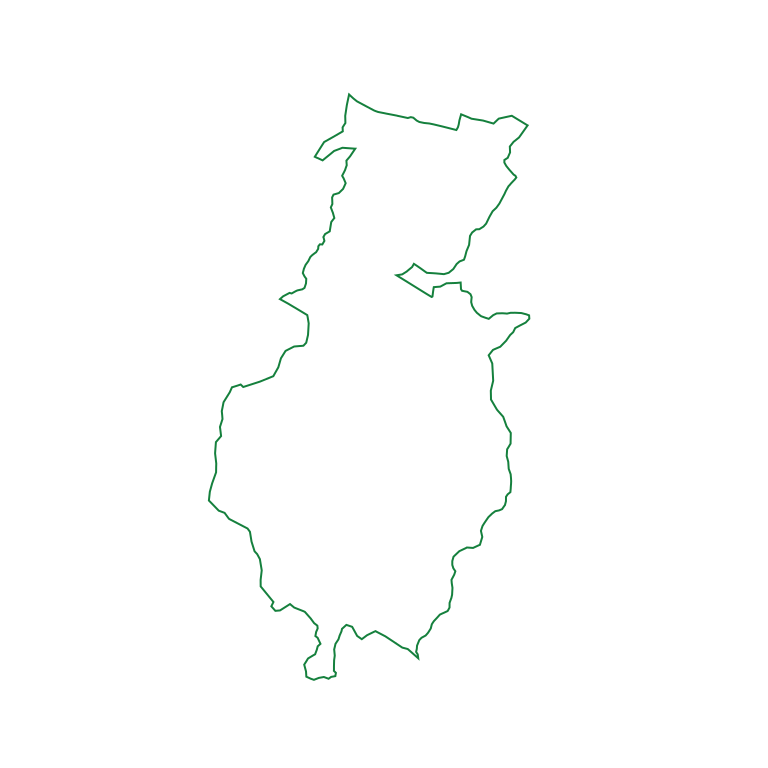 the district of Landero y Coss, Veracruz, Mexico, rotated 206°
{"feature_id": "50627088B86274665639855", "entity_name": "Landero y Coss", "entity_type": "district", "adm_level": 2, "iso_a3": "MEX", "parent_name": "Mexico", "parent_adm1": "Veracruz", "projection": "orthographic", "projection_center": [-96.854, 19.743], "detail": "fine", "context": "isolated", "style": "outline", "palette": "green", "viewbox_px": 768, "rotation_deg": 206, "n_neighbors": 0, "source": "geoboundaries", "source_scale": "gbopen_adm2", "svg_char_len": 6059}
<svg xmlns="http://www.w3.org/2000/svg" viewBox="0 0 768 768"><g transform="rotate(206 384 384)"><path d="M542.3,628.9L540.0,619.7L539.6,618.2L536.4,608.0L535.3,605.9L533.1,601.6L533.4,599.4L533.7,596.5L532.6,594.5L531.8,593.0L537.9,583.9L543.9,575.2L544.0,574.2L544.4,570.8L545.8,557.9L543.6,557.9L542.5,558.0L537.2,558.1L535.5,561.8L532.8,567.6L531.0,571.6L527.3,575.5L525.0,578.0L524.9,578.1L513.7,582.6L513.0,582.9L513.7,578.0L514.3,573.7L515.7,568.3L515.2,567.4L514.0,565.3L513.4,564.3L513.1,561.5L512.8,559.4L512.8,556.9L512.9,552.9L512.5,552.5L510.5,551.2L506.5,547.7L506.4,545.5L506.3,541.4L507.3,538.6L508.3,535.8L512.4,532.1L512.4,528.9L511.2,526.7L509.3,523.1L509.2,519.4L505.6,516.0L505.2,515.7L501.4,511.4L502.1,508.1L502.4,506.4L500.3,499.4L499.7,497.4L502.7,492.9L502.9,489.5L502.7,489.4L500.3,486.5L500.6,482.7L500.6,482.4L502.9,481.4L503.2,479.9L503.4,479.0L503.0,478.1L502.4,476.6L502.8,472.6L503.4,471.6L504.7,469.0L505.2,467.9L505.9,465.8L505.9,461.2L506.7,456.7L506.5,452.4L506.2,451.1L505.9,449.5L505.6,448.1L502.5,445.8L500.0,444.5L498.2,440.2L497.7,436.3L497.6,435.5L498.9,433.3L502.7,430.3L503.1,429.9L504.2,428.5L506.7,424.9L508.1,424.6L508.8,424.5L513.1,418.6L514.7,414.7L505.2,414.2L498.2,413.6L497.9,413.6L488.8,412.8L484.4,412.4L483.2,412.3L481.9,410.6L478.2,405.4L478.1,405.1L473.8,394.8L472.0,387.0L473.2,383.1L474.8,382.1L476.2,381.3L481.2,378.3L487.0,370.6L487.9,361.9L486.3,352.7L486.7,346.2L486.9,342.5L488.0,341.3L496.6,331.7L509.2,319.6L512.6,320.7L514.8,318.5L518.5,315.0L519.2,314.4L519.0,309.0L520.2,297.5L520.2,297.2L519.5,294.6L518.7,291.6L517.9,288.5L515.8,285.1L513.8,281.7L513.6,280.3L512.6,273.5L507.6,265.8L508.1,263.8L509.6,258.1L506.3,249.8L505.4,247.6L499.9,239.0L498.5,235.9L496.2,231.0L494.9,219.3L494.3,216.1L493.3,210.8L490.3,202.5L486.6,201.2L477.0,197.7L470.8,198.3L464.3,194.9L462.9,194.8L443.3,194.3L439.7,192.4L434.0,184.3L427.0,176.9L423.4,175.5L418.8,172.2L412.2,162.9L409.0,153.8L406.1,148.0L387.8,139.6L387.8,134.8L382.2,132.5L378.2,134.9L372.0,145.0L366.7,143.7L356.5,144.5L355.2,144.5L354.0,144.0L346.8,141.0L346.7,140.9L341.9,138.4L340.3,138.1L338.0,137.6L337.4,136.7L336.5,135.3L336.4,134.1L336.3,131.4L335.3,127.9L335.2,127.4L332.4,126.8L327.2,122.6L327.3,122.3L328.6,119.2L327.9,115.7L327.5,111.5L327.4,110.9L328.6,109.2L331.9,104.1L332.0,103.7L332.2,101.2L332.7,96.8L328.9,92.4L328.1,91.5L325.5,86.9L320.7,87.0L317.3,87.4L313.7,91.3L309.6,94.3L304.6,94.8L303.1,97.6L300.9,99.2L299.7,100.1L300.6,103.3L303.3,104.2L303.6,105.0L305.3,108.5L305.8,109.6L307.8,114.0L308.6,116.5L309.2,118.3L312.3,123.4L312.4,123.5L313.1,126.7L313.7,129.2L313.0,134.5L313.4,137.2L313.6,138.4L313.8,143.0L314.4,145.6L314.0,146.5L312.3,150.8L312.2,151.0L306.2,151.8L305.6,151.4L297.7,145.8L292.1,144.9L289.1,150.8L283.4,158.1L272.2,157.8L263.8,156.7L252.0,155.1L246.5,156.2L243.1,155.3L233.0,152.5L235.2,155.8L235.4,155.9L237.7,157.3L238.4,160.3L239.6,163.3L240.0,169.1L240.0,169.3L239.6,170.6L239.0,172.4L236.3,176.2L236.2,176.6L235.5,179.1L235.3,180.1L234.8,184.8L235.7,189.0L235.5,190.8L235.2,192.8L233.8,197.3L232.7,201.2L231.1,203.2L229.9,204.6L227.3,207.8L227.2,208.9L227.1,211.8L229.1,216.0L229.6,220.5L229.6,221.0L230.4,224.4L231.2,226.3L233.1,230.8L235.8,234.7L237.5,237.6L237.3,243.4L237.8,247.0L240.8,248.7L243.3,251.3L245.0,254.8L245.8,259.3L243.0,266.8L238.5,272.4L237.8,273.4L232.1,275.7L228.1,280.6L227.3,281.5L228.5,288.9L228.6,289.6L232.5,294.5L233.2,299.5L233.2,299.8L232.8,303.4L232.3,306.8L231.8,310.1L230.0,315.0L228.2,318.5L225.2,320.8L223.0,323.3L222.8,324.7L222.3,327.9L222.2,328.1L223.0,332.1L224.9,336.1L224.7,337.4L224.5,339.0L223.0,342.2L224.2,345.4L225.0,347.3L226.1,350.1L227.1,352.4L228.5,354.9L230.6,358.4L234.7,362.4L236.2,365.0L238.2,368.5L242.1,373.0L242.3,373.4L243.8,377.1L244.7,379.3L244.4,382.1L244.1,385.9L248.6,395.6L249.1,395.9L253.5,398.6L255.3,399.7L258.2,402.6L262.5,406.8L270.0,409.9L271.3,410.5L273.9,412.2L281.1,417.0L281.5,417.9L284.9,424.5L285.1,424.9L287.3,434.8L292.3,443.8L295.7,449.9L302.5,455.7L301.0,462.4L299.6,464.1L295.8,468.5L295.5,469.5L293.3,476.1L293.1,476.7L293.1,477.1L292.1,483.3L290.6,487.2L290.6,489.6L290.6,491.7L290.6,491.8L287.3,496.4L283.6,501.3L283.3,502.2L282.0,506.4L283.7,509.3L286.7,509.0L289.1,508.5L291.6,508.0L297.4,505.5L299.2,504.6L301.4,503.5L304.3,501.2L305.9,500.6L308.6,499.5L312.2,497.6L313.7,496.8L314.9,495.2L316.0,493.8L318.4,488.5L321.8,488.0L326.4,487.5L327.9,487.8L329.9,488.3L331.7,488.7L335.2,490.3L339.0,492.9L341.6,495.9L341.9,496.9L342.1,497.2L343.3,500.5L345.6,502.6L349.4,503.4L354.7,502.0L355.9,502.7L356.4,503.0L356.7,503.6L359.6,508.8L362.8,506.8L365.6,505.3L367.3,504.4L372.0,501.9L376.1,496.2L379.5,494.2L381.7,492.9L381.4,491.8L380.3,488.3L378.8,483.9L379.2,483.2L379.3,483.1L384.9,483.6L389.9,484.1L407.4,485.9L420.4,487.2L415.7,490.5L412.8,495.2L412.8,495.3L411.6,498.0L410.0,501.5L409.8,505.1L405.9,504.6L401.4,503.9L396.2,503.0L394.2,502.7L389.2,504.8L386.0,506.1L381.8,507.7L378.3,509.0L374.6,512.3L372.1,517.7L371.6,521.4L371.3,523.7L371.0,524.4L369.8,527.3L368.4,528.8L367.2,530.1L366.6,530.8L367.0,534.2L367.2,535.2L367.9,538.6L368.1,539.7L368.5,546.3L370.5,551.8L371.6,554.8L371.2,558.8L369.0,563.4L366.2,564.9L363.6,569.1L362.5,572.9L362.5,580.8L362.1,586.9L361.3,589.0L360.3,591.6L359.4,596.7L359.0,607.4L359.1,611.2L358.8,616.3L358.2,618.2L357.8,619.9L357.7,620.2L356.5,624.0L356.2,624.8L355.6,627.6L357.2,628.8L359.2,629.0L365.0,631.4L367.6,632.6L369.7,633.6L372.9,635.8L374.0,638.1L371.9,641.6L372.0,642.5L372.2,647.4L375.0,652.6L373.7,658.5L373.0,659.9L370.7,664.8L368.3,679.4L368.7,679.4L374.9,680.0L386.7,681.1L390.4,678.2L397.2,672.8L399.7,666.1L410.5,664.2L421.6,660.8L425.1,660.7L432.9,660.2L431.8,654.1L430.6,650.0L430.1,647.2L430.2,645.1L430.3,644.0L444.2,641.1L453.2,639.1L457.5,638.0L462.4,636.2L467.1,635.0L470.1,635.1L474.4,636.2L476.9,635.6L479.2,633.5L488.1,631.3L489.2,631.0L489.9,630.9L495.1,629.5L500.6,628.0L502.6,627.5L508.6,625.9L511.2,625.6L512.8,625.5L521.7,625.8L532.2,626.2L532.6,626.3L536.6,627.2L542.3,628.9Z" fill="none" stroke="#15803d" stroke-width="2"/></g></svg>